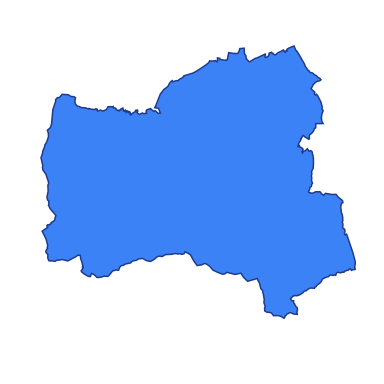 Chiojdeanca, Prahova, Romania (Natural Earth projection), rotated 263°
{"feature_id": "2599482B41397862941548", "entity_name": "Chiojdeanca", "entity_type": "district", "adm_level": 2, "iso_a3": "ROU", "parent_name": "Romania", "parent_adm1": "Prahova", "projection": "natural_earth1", "projection_center": [26.277, 45.174], "detail": "fine", "context": "isolated", "style": "filled", "palette": "blue", "viewbox_px": 384, "rotation_deg": 263, "n_neighbors": 0, "source": "geoboundaries", "source_scale": "gbopen_adm2", "svg_char_len": 5978}
<svg xmlns="http://www.w3.org/2000/svg" viewBox="0 0 384 384"><g transform="rotate(263 192 192)"><path d="M287.7,333.7L289.0,332.9L290.8,330.6L292.2,329.8L293.8,327.5L295.3,326.4L296.2,324.1L296.9,323.3L297.9,323.0L298.7,322.0L303.2,319.6L304.9,319.4L314.2,315.5L318.8,313.4L320.4,312.2L324.5,311.1L323.2,306.1L322.2,303.8L321.4,303.3L320.5,303.6L320.5,302.4L320.1,301.8L319.4,301.7L319.8,301.1L320.4,301.5L320.4,300.7L321.9,300.0L321.2,298.9L319.9,294.6L317.9,291.4L319.0,289.5L320.0,289.1L320.2,288.4L320.8,288.0L320.5,287.8L320.8,287.2L320.4,285.4L318.2,285.0L317.4,284.0L316.6,281.9L316.5,281.2L317.2,280.9L318.3,281.0L319.1,281.7L320.0,281.5L317.2,272.9L316.9,271.0L314.3,265.3L314.5,264.4L317.9,262.0L320.4,262.2L323.0,260.9L328.4,261.3L328.5,256.9L326.1,255.9L324.4,254.8L323.9,254.0L324.6,249.6L325.9,245.4L319.2,243.2L318.7,242.7L318.9,241.9L318.5,241.7L320.2,235.7L321.3,235.9L322.0,233.6L319.3,233.3L318.2,232.7L319.6,231.3L319.2,230.0L319.5,229.7L319.6,227.1L320.1,225.6L318.3,224.3L316.2,220.9L311.2,210.8L309.9,207.3L308.3,198.1L307.4,197.6L306.6,196.3L305.3,193.1L304.3,191.8L304.4,189.6L303.7,186.6L305.0,186.0L304.4,184.8L303.0,183.2L299.6,180.8L297.2,176.6L293.1,172.5L282.4,166.7L280.2,165.2L279.2,168.9L274.2,170.2L274.2,168.0L277.0,165.6L277.2,165.1L276.8,163.7L279.8,161.1L279.5,160.5L279.7,159.5L279.2,158.8L279.3,157.9L278.7,156.6L276.4,156.2L275.6,156.5L275.5,156.1L275.8,153.3L276.5,152.3L275.4,149.5L276.5,148.0L277.9,147.0L278.9,148.1L279.8,147.9L280.0,147.8L279.6,147.1L280.1,146.4L279.5,145.7L278.6,145.4L277.5,142.6L276.8,141.5L276.0,141.2L276.1,140.5L276.8,139.9L277.9,140.4L278.4,139.9L278.9,140.2L279.5,139.4L278.7,139.0L278.9,138.3L279.2,138.0L279.7,138.4L280.4,137.6L279.4,136.5L280.7,136.5L281.4,135.9L280.2,134.9L280.3,134.4L283.6,133.6L283.1,133.1L283.5,132.1L282.9,131.5L282.1,131.4L282.2,130.1L281.3,129.4L282.1,128.9L282.2,127.8L283.0,126.7L284.1,126.7L284.7,126.1L285.2,124.7L285.1,124.4L286.4,124.2L286.1,123.6L286.4,123.3L286.9,119.1L284.2,117.0L283.2,113.4L284.4,111.2L284.0,108.1L284.6,107.6L285.7,108.0L286.4,106.8L285.7,105.7L286.4,102.1L287.5,99.9L287.0,99.3L288.5,96.6L289.3,92.4L290.8,90.2L291.0,88.8L293.4,87.1L295.2,86.8L297.2,87.0L299.8,87.9L301.0,86.4L301.6,83.5L303.6,81.1L304.8,75.1L302.0,72.0L302.0,69.7L301.3,69.4L300.5,68.0L298.1,67.5L290.6,63.9L277.2,61.0L274.0,59.8L272.7,58.7L271.2,56.3L270.6,55.9L268.1,56.6L264.4,56.3L259.2,53.8L256.7,51.7L254.6,51.1L250.8,48.9L248.4,48.3L244.5,46.3L236.6,47.1L234.8,46.6L232.0,46.7L227.4,49.2L219.2,50.8L218.1,50.8L216.4,49.8L210.2,49.3L204.7,47.4L201.7,47.6L200.5,48.8L199.3,48.4L197.8,48.6L196.5,47.9L192.7,49.2L185.4,54.0L180.5,52.0L179.7,50.7L179.4,49.4L178.5,48.7L178.4,48.1L177.6,48.0L177.1,46.5L176.5,46.1L177.1,45.0L176.9,44.4L176.0,43.8L174.5,44.5L171.4,38.5L163.2,41.4L157.3,42.2L156.0,42.2L155.0,41.6L153.5,41.8L152.7,40.7L150.8,39.6L149.3,40.0L147.4,41.3L144.0,40.8L141.3,41.5L140.7,43.6L141.1,44.4L140.4,45.5L139.9,47.9L140.8,49.4L140.6,51.6L140.8,52.3L140.6,53.0L140.8,55.0L138.7,60.3L141.8,68.4L143.1,70.9L142.8,73.3L138.7,73.5L135.9,74.2L130.4,74.8L130.1,74.6L130.4,74.1L129.0,74.1L127.4,72.4L126.3,72.6L123.9,74.8L120.9,78.9L120.3,81.4L120.7,80.9L123.5,82.4L121.7,85.0L118.9,87.1L118.5,88.6L118.6,92.2L119.2,94.1L118.5,98.1L119.2,99.4L122.8,103.0L123.6,104.3L123.5,105.4L124.0,107.4L123.4,108.6L123.3,109.6L126.2,111.2L127.5,112.8L127.6,115.3L128.6,116.8L129.1,122.4L130.5,124.2L130.9,125.6L130.9,128.0L132.2,131.2L132.0,135.0L129.6,138.2L128.2,141.9L128.5,143.4L130.0,146.8L131.4,148.6L132.4,151.0L131.6,154.7L133.1,157.9L132.6,164.8L133.0,165.9L132.7,169.3L132.1,170.4L132.3,172.2L131.4,174.1L131.6,176.5L133.4,177.8L131.5,180.9L129.6,182.9L123.3,185.4L118.4,188.1L118.5,192.8L119.5,195.6L119.0,197.2L116.2,200.5L112.0,203.2L109.1,207.7L106.7,212.4L106.7,214.5L108.0,216.8L104.9,224.8L105.5,230.6L101.0,232.8L96.6,236.4L98.2,246.3L96.7,246.5L93.2,247.9L87.7,248.5L85.8,249.9L81.5,250.4L76.4,250.6L73.6,249.9L69.3,250.7L68.1,249.9L65.1,249.7L63.4,251.9L63.2,253.8L62.2,256.2L59.3,257.8L58.8,262.6L57.6,265.3L55.5,267.8L55.9,268.6L57.6,269.3L58.1,270.3L59.3,271.3L60.2,274.4L60.2,275.4L58.6,277.8L57.7,281.6L60.0,281.5L62.2,282.4L64.3,282.3L66.7,280.6L68.2,280.3L69.9,279.3L71.7,279.6L72.0,277.6L74.1,276.8L76.6,280.0L76.4,281.1L76.7,282.1L76.2,283.4L77.0,286.9L78.6,290.0L80.2,291.7L80.0,293.2L81.3,295.1L82.0,296.9L82.2,298.5L81.5,301.8L82.7,302.6L83.0,303.7L83.9,304.1L86.3,308.3L88.0,309.9L89.7,310.7L91.3,315.6L91.2,316.8L92.8,319.1L92.0,322.2L92.4,323.6L91.8,324.5L93.8,325.4L94.6,326.5L93.7,329.4L94.1,331.5L93.9,333.1L94.9,334.2L95.5,338.0L96.3,338.4L96.5,339.4L96.1,340.1L94.8,340.6L95.2,342.0L95.2,343.9L95.5,344.6L97.8,344.4L101.0,345.3L103.5,345.5L112.6,344.2L131.4,340.3L130.8,338.9L131.3,338.4L132.4,338.3L134.1,339.0L136.3,339.0L138.0,337.2L141.7,337.9L143.7,337.5L145.1,338.2L149.4,338.5L152.6,338.1L154.0,337.5L154.8,337.9L158.1,337.7L161.0,338.3L162.9,339.6L163.0,340.5L165.2,340.3L169.0,336.6L172.1,334.7L172.5,330.4L174.4,324.3L172.7,322.4L174.3,320.5L176.4,319.3L176.7,318.7L177.1,314.6L176.2,311.6L176.2,310.7L177.4,307.9L178.0,307.6L180.2,309.0L182.1,309.6L183.0,311.1L184.8,311.7L186.1,312.7L188.8,312.0L191.1,312.6L193.8,312.5L195.4,313.2L197.8,313.2L200.4,315.0L204.4,315.9L210.5,316.6L214.0,316.5L215.7,316.0L216.6,316.3L217.6,315.9L218.5,315.0L218.2,313.3L220.9,311.7L219.2,309.7L218.7,307.5L217.3,306.5L218.8,306.1L220.5,307.4L221.5,307.2L222.8,306.0L223.7,304.3L224.8,304.3L224.0,303.2L224.4,302.8L226.9,303.6L230.7,306.6L231.7,306.4L232.0,307.2L234.5,308.9L234.3,309.7L233.2,310.4L230.1,314.3L230.2,314.7L230.8,315.1L233.0,315.2L234.7,315.9L235.5,317.8L238.0,320.3L240.1,321.2L240.6,322.6L244.8,323.3L243.9,330.5L246.3,329.5L249.5,329.4L253.0,330.2L256.7,332.1L258.6,331.2L260.4,331.6L265.4,331.0L272.5,328.4L273.9,327.4L273.3,326.5L273.5,325.9L274.6,325.4L275.5,326.0L276.5,325.8L278.3,324.0L280.0,322.8L283.6,325.3L285.8,327.9L286.7,330.2L286.8,332.4L287.7,333.7Z" fill="#3b82f6" stroke="#1e3a8a" stroke-width="1.5"/></g></svg>